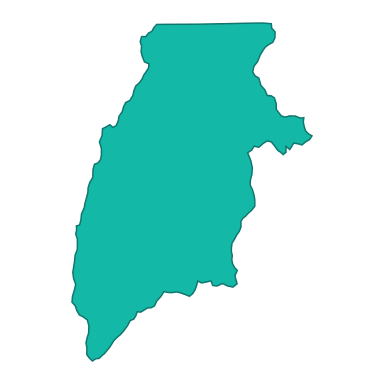 Águas Mornas, Santa Catarina, Brazil
{"feature_id": "56859067B80537926238149", "entity_name": "Águas Mornas", "entity_type": "district", "adm_level": 2, "iso_a3": "BRA", "parent_name": "Brazil", "parent_adm1": "Santa Catarina", "projection": "equal_earth", "projection_center": [-48.93, -27.746], "detail": "fine", "context": "isolated", "style": "filled", "palette": "teal", "viewbox_px": 384, "rotation_deg": 0, "n_neighbors": 0, "source": "geoboundaries", "source_scale": "gbopen_adm2", "svg_char_len": 2491}
<svg xmlns="http://www.w3.org/2000/svg" viewBox="0 0 384 384"><path d="M271.3,23.7L262.5,23.0L243.3,23.3L224.1,23.7L197.5,24.2L160.3,24.4L156.8,24.4L153.8,27.7L151.8,31.4L148.7,32.9L145.8,36.6L141.6,36.6L140.2,41.7L141.6,46.1L141.1,51.8L142.3,56.4L144.5,61.9L149.0,63.9L148.5,68.0L146.3,71.5L143.9,74.9L142.3,78.6L139.6,82.5L135.8,86.0L134.0,90.3L132.8,95.7L129.8,100.5L125.7,102.5L123.7,106.5L122.2,111.7L119.1,116.1L118.2,121.0L116.1,125.8L112.7,127.3L109.9,124.7L105.8,127.1L102.5,128.7L102.1,135.6L99.4,141.9L101.4,148.4L101.4,154.9L100.5,159.6L98.0,162.9L94.5,164.2L93.0,169.6L92.8,177.3L89.8,182.4L88.1,187.7L87.9,192.3L86.5,197.8L85.0,203.3L84.2,207.9L81.5,213.9L80.9,219.9L79.6,225.0L76.4,225.9L76.6,230.3L75.7,234.0L77.3,238.6L77.4,243.4L77.3,249.5L75.1,255.3L74.5,261.8L73.6,267.4L72.8,272.3L73.6,278.5L75.7,284.2L74.6,289.3L72.5,296.3L72.0,302.2L75.3,305.9L76.8,310.5L79.3,314.9L83.2,316.9L87.3,319.9L88.9,325.9L88.6,333.2L87.1,337.7L86.0,343.0L86.9,348.1L86.8,354.6L89.3,358.0L92.4,361.0L95.8,358.8L99.3,358.3L101.8,355.7L104.4,353.7L106.8,350.7L109.2,347.9L111.4,344.6L113.6,341.0L116.6,337.8L120.8,334.2L123.5,331.1L127.4,325.9L130.2,320.6L133.8,319.1L135.9,315.6L137.2,311.8L140.8,312.1L144.4,309.9L147.6,307.9L151.3,307.7L154.5,305.9L156.8,300.9L160.7,296.7L164.0,291.6L168.4,292.5L172.2,292.6L176.4,291.9L180.3,292.8L185.5,294.6L189.4,296.3L192.7,293.6L195.0,289.9L196.5,286.0L197.7,281.0L201.4,282.9L206.0,282.1L210.9,280.9L212.8,285.5L217.0,286.0L222.7,283.5L227.3,285.9L232.9,287.1L237.1,283.8L234.9,275.9L237.3,270.4L234.7,267.7L232.6,263.8L231.8,259.8L232.3,255.7L231.3,251.1L231.5,247.1L232.1,243.0L234.4,239.4L236.4,235.5L239.3,231.3L241.0,226.9L240.9,221.5L242.8,218.2L245.5,216.2L248.3,213.2L251.8,210.1L254.8,206.2L254.8,200.2L254.2,195.8L252.5,189.9L250.2,185.2L250.4,180.0L251.9,174.4L252.3,167.7L250.8,160.7L247.7,152.8L251.8,150.0L254.0,146.2L258.8,147.3L263.2,143.4L267.3,140.9L271.3,141.9L274.2,145.4L277.8,150.4L280.7,152.3L283.2,154.6L286.0,152.3L286.0,146.4L289.8,149.5L293.7,143.1L298.0,143.8L302.0,144.9L305.7,141.8L309.5,139.6L312.0,135.9L308.5,133.9L305.6,130.8L304.1,126.2L303.3,122.0L303.8,117.7L300.3,118.1L295.4,116.1L289.6,115.9L285.4,117.1L281.3,115.9L276.3,109.5L276.2,103.6L274.4,97.9L271.2,95.8L267.3,95.5L264.8,89.8L260.9,85.4L258.8,78.1L254.8,75.6L252.7,71.8L253.9,66.3L257.5,61.7L260.4,54.6L263.2,50.1L265.2,47.2L268.6,44.6L272.7,42.4L274.9,38.0L275.1,32.0L271.7,28.1L271.3,23.7Z" fill="#14b8a6" stroke="#0f766e" stroke-width="1.5"/></svg>